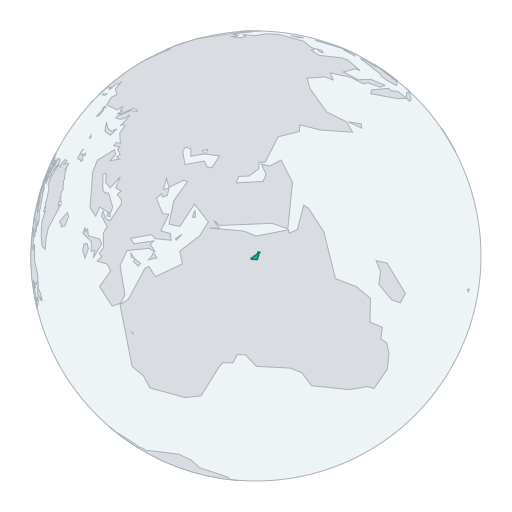 Khartoum highlighted on a globe, orthographic projection, rotated 303°
{"feature_id": "SDN-874", "entity_name": "Khartoum", "entity_type": "Region", "adm_level": 1, "iso_a3": "SDN", "parent_name": "Sudan", "parent_adm1": "", "projection": "orthographic", "projection_center": [32.98, 15.925], "detail": "fine", "context": "on_globe", "style": "filled", "palette": "teal", "viewbox_px": 512, "rotation_deg": 303, "n_neighbors": 0, "source": "natural_earth", "source_scale": "10m", "svg_char_len": 9712}
<svg xmlns="http://www.w3.org/2000/svg" viewBox="0 0 512 512"><g transform="rotate(303 256 256)"><circle cx="256" cy="256" r="225" fill="#eef3f6" stroke="#a8b0b8"/><path d="M194.7,39.2L193.6,39.6L188.5,41.1L191.9,40.3L196.8,38.9L199.9,38.3L199.6,38.6L193.1,40.3L192.3,40.4L190.2,41.1L187.1,41.9L188.5,41.7L180.6,44.2L187.9,42.4L181.2,45.0L176.2,46.5L177.4,45.4L172.0,47.0L194.7,39.2ZM128.3,70.4L128.7,70.2L135.9,65.4L138.9,63.9L147.4,59.0L149.9,57.9L158.4,53.8L156.2,55.7L149.6,59.9L142.5,63.6L139.4,65.9L145.5,63.7L131.6,72.8L121.3,83.2L117.8,85.8L112.1,87.4L113.8,83.0L106.5,87.7L110.3,86.3L101.5,94.0L99.7,96.2L99.7,97.1L102.7,95.0L99.5,98.3L94.4,100.3L97.3,97.2L98.8,96.4L99.6,94.8L96.1,97.4L91.9,101.7L91.6,102.0L103.1,90.6L115.3,80.0L128.3,70.4ZM32.8,225.3L31.9,233.3L32.4,246.2L32.5,257.0L32.1,262.0L33.1,265.9L33.2,269.7L40.9,285.0L47.8,299.5L49.5,312.6L47.7,323.9L55.2,352.8L54.4,356.3L58.3,364.1L51.2,349.8L45.1,335.1L40.0,320.0L36.0,304.6L33.1,288.9L31.4,273.0L30.7,257.1L31.2,241.1L32.8,225.3ZM158.9,53.2L158.6,53.5L157.2,54.1L158.9,53.2ZM162.9,51.3L161.5,51.8L163.1,51.0L164.0,50.7L162.9,51.3ZM164.3,51.0L166.3,49.5L169.3,48.2L174.9,46.2L164.3,51.0ZM198.4,38.4L193.2,39.8L197.8,38.4L198.4,38.4ZM222.7,33.2L221.9,33.4L216.2,34.4L211.5,35.2L214.7,34.8L200.6,37.7L204.8,36.6L222.7,33.2ZM294.7,34.1L293.8,33.9L294.7,34.1ZM201.5,37.9L202.7,37.4L209.4,36.0L208.0,36.8L206.3,37.0L201.5,37.9ZM231.0,32.1L233.1,32.0L222.5,33.3L224.3,33.0L231.0,32.1ZM204.6,37.5L207.1,37.3L203.8,38.4L200.7,38.4L204.6,37.5ZM211.6,35.4L214.7,34.9L212.6,35.4L211.6,35.4ZM193.2,43.0L194.6,42.0L198.1,41.1L193.2,43.0ZM208.3,37.2L209.4,36.9L211.0,36.5L211.9,36.7L208.3,37.2ZM223.5,33.4L222.7,33.7L227.9,32.8L228.4,33.1L221.2,34.1L224.5,33.8L218.7,34.6L223.5,33.4ZM217.5,36.0L208.6,38.0L205.3,39.8L202.0,40.6L208.0,37.5L217.5,36.0ZM218.7,35.1L217.2,35.8L213.9,36.1L212.9,35.9L218.7,35.1ZM231.3,33.0L232.4,32.3L233.9,32.2L231.3,33.0ZM217.2,36.4L219.3,36.0L217.3,36.5L217.2,36.4ZM227.7,33.9L227.9,33.5L229.6,33.4L227.7,33.9ZM223.5,35.5L220.6,36.0L219.8,35.8L223.5,35.5ZM225.9,34.7L228.3,34.5L221.3,35.4L225.7,34.5L225.9,34.7ZM229.3,33.8L230.4,33.5L229.0,33.9L229.3,33.8ZM228.1,36.4L219.5,37.6L217.8,36.9L226.4,35.8L228.1,36.4ZM357.1,54.7L365.4,59.8L383.2,71.6L382.1,69.8L386.9,72.8L406.1,88.1L428.6,113.7L435.3,120.7L439.3,126.1L441.6,130.5L435.8,122.6L433.2,120.8L429.6,116.1L431.2,121.6L426.1,115.1L429.9,123.2L434.4,127.8L434.8,124.8L440.3,135.4L447.7,143.2L454.4,154.8L462.1,179.1L461.0,189.1L462.2,193.3L458.7,190.2L458.7,199.9L468.9,219.9L470.3,226.6L468.1,242.3L467.2,237.4L457.9,229.1L459.5,245.8L466.7,256.2L469.3,271.0L465.2,268.3L462.2,255.5L458.9,252.2L457.4,237.9L450.0,218.7L445.7,224.8L443.8,216.4L433.0,202.0L425.6,210.4L415.3,236.9L417.8,258.6L412.5,269.6L396.8,241.5L389.9,221.4L384.1,224.6L368.0,209.6L339.9,212.6L336.0,207.6L330.7,210.8L319.3,206.6L313.4,198.3L306.5,199.5L322.4,221.3L329.8,220.1L336.1,210.5L339.1,218.6L350.1,224.8L337.6,246.5L296.1,267.9L292.2,251.8L261.7,208.6L262.8,203.6L262.6,203.1L262.3,202.1L259.3,210.2L254.1,201.8L270.2,232.0L272.8,245.2L295.5,268.9L293.3,271.6L300.7,276.3L324.6,268.3L324.7,273.8L313.2,299.7L280.3,334.9L284.9,356.7L282.8,375.0L262.7,387.5L264.9,400.9L254.6,405.7L254.2,413.1L246.2,420.9L232.6,427.8L209.0,427.1L207.2,420.6L194.8,407.1L177.5,373.3L183.0,358.2L180.7,345.8L163.7,316.6L167.4,301.1L163.0,294.0L153.7,294.8L148.6,286.3L143.1,285.4L108.8,286.1L98.7,273.8L87.6,238.9L94.1,227.1L96.0,212.2L141.2,168.4L150.0,172.5L184.7,169.6L188.9,171.8L183.9,182.9L209.3,198.6L218.5,189.4L242.3,197.8L258.7,197.5L266.0,176.2L239.2,176.0L235.4,165.7L257.6,156.9L281.1,158.1L280.4,154.2L266.2,145.6L272.4,138.6L261.4,142.1L265.3,146.1L258.5,148.7L254.5,145.4L256.9,142.8L250.0,141.1L240.7,154.7L243.6,160.2L225.1,162.4L228.3,172.0L223.0,176.3L215.6,161.9L216.9,156.7L202.6,141.4L199.6,146.9L212.9,162.0L208.4,160.7L204.4,169.3L204.0,161.7L190.3,144.9L174.0,147.2L152.0,167.2L142.8,168.1L135.7,162.8L145.0,141.6L164.6,142.1L168.1,135.6L165.3,125.6L171.5,127.0L172.7,123.3L180.2,123.5L191.9,115.5L199.7,115.1L205.4,104.6L210.2,103.3L205.4,109.7L206.3,114.4L225.8,114.8L229.9,112.7L232.0,106.1L237.1,107.5L236.7,101.2L248.4,99.1L233.7,96.6L235.8,90.0L243.5,85.3L241.5,82.9L229.1,90.7L226.5,94.4L228.5,98.1L219.1,109.1L212.1,110.8L212.0,98.4L202.1,99.7L206.3,90.4L237.5,73.4L249.9,70.8L268.1,79.4L264.6,83.1L256.3,81.6L263.0,88.7L262.9,85.3L267.2,86.8L270.2,81.7L273.4,82.6L271.0,76.5L275.2,77.1L276.6,80.9L284.8,74.8L293.8,75.1L294.1,73.4L291.9,71.5L304.8,73.8L304.5,72.5L300.2,71.1L296.7,67.8L295.5,63.2L300.0,64.2L301.1,66.0L310.0,71.8L312.1,77.1L313.8,77.1L313.1,72.8L302.2,65.7L300.2,62.6L306.0,65.5L303.7,64.2L304.2,63.1L308.9,63.1L302.8,59.9L301.5,48.5L310.4,48.3L315.7,51.5L319.6,47.0L329.4,48.5L325.3,47.1L324.4,44.9L321.4,44.3L319.4,43.5L315.7,39.4L318.4,39.8L312.2,37.9L310.2,37.3L307.8,36.8L305.3,36.2L323.0,40.9L340.3,47.1L357.1,54.7ZM124.8,192.0L123.4,196.3L124.8,192.0ZM305.9,170.9L320.1,171.0L314.1,158.2L319.1,157.4L315.2,153.6L313.6,157.3L304.1,147.0L310.4,143.0L308.9,137.6L304.0,137.4L294.0,146.6L307.5,161.0L304.0,166.5L305.9,170.9ZM101.8,93.9L102.1,93.8L101.4,95.3L100.2,95.9L101.8,93.9ZM107.0,96.0L101.7,101.4L104.7,97.7L102.1,99.1L105.1,93.5L116.2,86.9L110.6,90.7L107.0,96.0ZM112.2,85.2L109.0,88.9L112.1,85.2L112.2,85.2ZM172.3,105.1L174.4,107.5L171.0,111.4L161.1,113.7L166.0,107.8L172.3,105.1ZM178.3,110.2L180.9,98.3L187.1,97.1L183.2,99.7L187.0,100.0L181.7,104.4L185.1,115.6L182.3,119.9L165.7,120.5L172.7,117.7L170.1,115.2L178.3,110.2ZM176.5,76.0L177.7,72.5L189.7,74.1L187.2,77.3L177.2,79.3L174.3,76.6L176.5,76.0ZM173.9,48.5L173.6,48.2L175.4,47.6L177.1,47.3L173.9,48.5ZM193.5,42.6L177.2,49.7L176.0,49.6L167.8,54.7L161.5,56.5L167.0,52.9L156.0,58.6L158.4,56.1L151.3,60.2L164.3,52.1L166.0,50.6L166.5,51.5L172.2,49.7L175.2,48.6L185.1,44.4L191.7,41.0L198.5,39.4L201.5,39.1L200.9,39.7L196.7,40.4L199.0,40.6L192.5,42.2L193.5,42.6ZM233.0,45.7L228.3,44.9L231.8,48.5L225.3,48.9L226.1,49.3L221.1,50.8L216.3,53.6L213.5,53.5L212.9,54.7L209.5,56.0L207.7,57.7L202.0,58.3L199.3,60.5L198.2,59.6L195.1,63.4L194.8,60.9L190.4,62.8L193.0,64.2L166.6,66.5L155.8,70.5L146.9,75.5L147.6,71.4L156.4,64.5L168.8,57.6L179.1,54.8L177.6,53.8L182.1,52.3L181.4,53.7L185.1,50.8L188.6,50.0L199.7,45.8L202.8,42.8L206.9,41.5L207.5,42.3L211.2,40.5L215.0,41.3L218.0,40.6L224.8,41.0L224.1,43.6L227.6,42.6L232.9,43.3L233.0,45.7ZM229.8,36.6L230.5,38.9L227.2,40.5L216.8,39.2L213.5,39.8L206.7,39.7L211.5,37.6L213.0,37.8L215.6,37.5L213.1,38.2L217.1,37.4L219.2,37.7L222.9,37.3L222.1,38.1L229.8,36.6ZM194.2,167.8L197.5,168.5L202.9,168.3L200.5,174.0L194.2,167.8ZM184.6,156.4L187.7,155.8L186.9,163.2L183.4,162.7L184.6,156.4ZM190.1,149.6L187.9,155.2L187.0,152.0L190.1,149.6ZM208.4,109.1L211.8,108.4L211.9,110.0L209.7,112.3L208.4,109.1ZM241.9,58.6L239.8,57.4L241.0,56.8L240.5,53.1L245.3,52.9L247.4,55.0L241.9,58.6ZM261.1,179.9L256.0,184.0L253.7,182.0L255.9,180.9L261.1,179.9ZM226.5,179.1L234.1,182.0L225.8,180.6L226.5,179.1ZM247.1,57.8L246.3,56.2L249.2,57.1L247.1,57.8ZM248.8,52.6L252.2,53.2L245.8,52.5L248.8,52.6ZM343.4,451.6L344.3,453.0L341.0,453.8L343.4,451.6ZM321.4,369.8L305.8,401.7L295.2,402.5L293.2,393.7L299.0,374.7L311.4,368.4L317.5,359.2L321.4,369.8ZM477.6,296.7L477.6,296.2L477.6,296.7ZM477.7,294.1L478.2,292.9L477.2,296.6L477.7,294.1ZM478.4,291.8L478.3,292.4L478.5,291.5L478.4,291.8ZM477.1,295.3L471.9,300.8L469.2,300.4L470.4,296.2L474.8,293.4L477.1,295.3ZM470.1,296.2L465.2,289.3L454.6,263.9L458.5,262.7L468.8,275.9L468.3,279.4L471.3,285.5L470.1,296.2ZM479.8,268.5L479.1,278.5L476.8,280.8L475.4,280.7L474.6,269.4L475.1,262.6L476.4,261.6L478.5,236.1L479.8,239.7L479.8,249.9L480.7,256.9L479.8,268.5ZM418.8,260.4L424.1,272.1L420.8,275.1L418.8,260.4ZM477.1,219.8L477.7,230.7L476.5,217.0L477.1,219.8ZM475.0,207.6L476.1,212.0L474.9,208.3L475.0,207.6ZM464.2,199.4L463.0,201.7L461.9,198.6L462.8,193.9L464.2,199.4ZM459.6,164.9L463.6,173.9L464.8,177.2L462.2,172.3L459.6,164.9ZM286.9,57.6L282.2,62.5L282.0,66.8L286.9,70.1L278.0,68.1L278.3,61.4L286.9,57.6ZM299.2,49.3L294.9,47.2L298.0,47.2L299.4,47.7L299.2,49.3ZM295.7,48.7L288.1,47.9L286.5,46.2L292.8,47.1L295.7,48.7ZM267.6,51.7L265.9,53.0L263.6,52.2L267.6,51.7ZM452.1,366.9L455.4,360.7L455.6,360.4L461.5,348.0L464.4,341.6L452.1,366.9ZM481.2,260.4L481.1,264.8L481.0,268.1L480.6,272.9L480.9,268.1L480.0,279.6L479.8,280.2L480.4,271.1L480.9,258.8L481.1,253.3L481.2,250.4L481.2,252.1L481.0,258.1L481.1,263.5L481.3,259.3L481.2,260.4ZM479.8,230.1L479.2,225.8L479.5,230.0L477.8,216.7L478.1,218.4L479.8,230.1ZM477.6,216.3L478.0,220.1L476.9,212.6L477.6,216.3ZM477.5,217.8L476.4,212.5L476.7,212.4L477.5,217.8ZM477.7,215.9L475.7,206.6L476.8,211.5L477.7,215.9ZM473.4,201.0L475.9,207.8L474.5,206.6L469.5,189.6L469.6,188.1L473.4,201.0ZM441.7,128.5L442.7,129.9L439.8,125.8L439.0,124.6L441.7,128.5ZM438.1,123.4L441.2,128.1L442.3,129.4L447.3,137.2L443.1,131.3L437.0,122.0L435.5,119.9L438.1,123.4ZM397.0,80.3L383.5,70.5L379.6,67.8L387.6,73.1L397.0,80.3ZM296.9,34.5L297.1,34.5L294.9,34.1L295.5,34.2L296.9,34.5ZM317.7,43.3L315.2,42.3L316.9,42.3L317.7,43.3ZM309.2,39.7L309.0,40.4L307.3,39.3L309.2,39.7ZM308.9,42.1L308.0,40.4L311.6,42.7L308.9,42.1Z" fill="#d9dde1" stroke="#a8b0b8" stroke-width="1"/><path d="M258.1,257.9L257.2,258.1L256.9,258.1L256.6,258.3L256.4,258.4L256.2,258.3L255.6,258.4L254.7,258.7L254.6,258.8L254.2,258.9L253.9,258.9L253.5,258.8L253.2,258.1L253.1,257.9L252.3,256.5L251.7,255.7L250.8,253.6L251.6,253.1L251.8,253.1L251.9,253.3L252.4,253.9L252.5,254.0L254.7,254.4L254.9,254.5L256.1,255.2L258.0,255.7L258.4,255.9L258.8,256.0L259.2,256.0L259.4,256.0L259.9,255.8L260.0,255.7L260.6,255.6L260.6,255.8L260.7,256.2L261.2,257.3L259.9,257.1L259.1,256.9L258.8,256.9L258.7,257.1L258.3,257.6L258.1,257.9Z" fill="#14b8a6" stroke="#0f766e" stroke-width="1.5"/></g></svg>